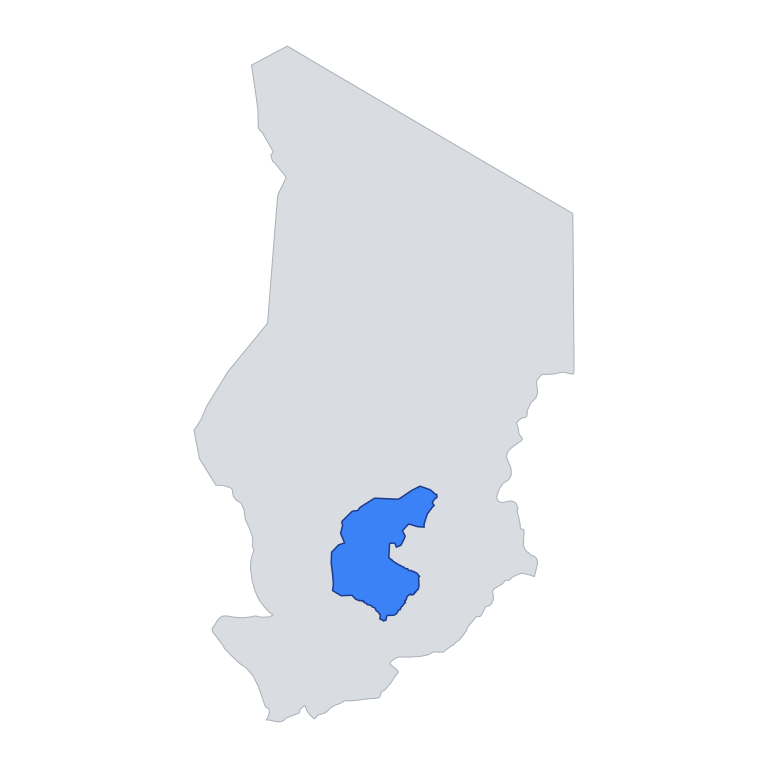 Guéra highlighted on a map of Chad
{"feature_id": "TCD-1474", "entity_name": "Guéra", "entity_type": "Prefecture", "adm_level": 1, "iso_a3": "TCD", "parent_name": "Chad", "parent_adm1": "", "projection": "natural_earth1", "projection_center": [19.056, 11.461], "detail": "fine", "context": "in_parent", "style": "filled", "palette": "blue", "viewbox_px": 768, "rotation_deg": 0, "n_neighbors": 0, "source": "natural_earth", "source_scale": "10m", "svg_char_len": 8836}
<svg xmlns="http://www.w3.org/2000/svg" viewBox="0 0 768 768"><path d="M572.8,213.6L573.0,232.5L573.1,251.4L573.3,270.3L573.4,289.1L573.6,308.0L573.7,326.9L573.9,345.8L574.0,364.7L574.0,370.9L573.6,373.4L573.4,373.8L572.7,374.2L564.1,372.4L560.4,372.4L555.1,373.8L547.4,374.5L542.4,374.2L539.0,377.5L536.3,381.4L537.6,390.8L537.3,393.9L536.3,397.1L534.0,399.9L531.6,402.1L530.2,404.0L528.5,408.3L527.2,410.2L527.3,412.9L526.9,415.7L525.5,417.2L521.9,418.2L519.6,419.5L517.8,421.5L516.5,423.0L517.2,424.9L518.1,427.6L518.7,431.8L519.0,434.2L520.8,436.2L521.9,437.7L522.3,439.4L521.2,440.9L516.8,443.9L515.1,445.0L513.1,446.6L512.3,447.2L509.1,450.0L507.5,452.6L506.7,454.7L506.8,457.7L508.4,462.1L510.2,465.8L510.9,468.6L511.3,471.7L511.2,474.6L510.3,477.2L508.7,479.5L502.6,483.8L499.6,488.5L497.3,494.3L496.7,497.4L497.3,499.5L498.6,501.3L500.4,502.2L503.0,502.4L507.4,501.5L511.5,500.8L515.8,502.9L518.0,507.7L517.2,511.2L518.8,517.6L520.3,525.4L520.2,527.9L520.8,528.9L523.5,529.4L524.1,531.2L523.3,544.8L524.6,548.6L526.4,551.3L528.4,552.7L530.5,554.5L531.6,555.7L533.9,556.0L536.6,558.5L537.4,561.8L537.2,565.0L535.6,571.8L534.4,576.5L532.9,576.1L529.7,575.0L525.8,574.0L521.1,573.2L516.6,575.1L511.8,577.5L510.2,579.3L508.9,580.4L506.8,580.2L504.8,580.6L503.7,582.3L502.0,584.2L495.0,588.2L493.5,589.6L492.6,591.0L492.6,592.6L493.3,595.8L493.3,599.8L491.8,603.1L490.0,605.2L487.9,606.1L486.2,606.5L485.0,607.9L481.4,615.3L479.8,616.6L476.6,616.4L467.4,627.4L466.5,630.7L463.1,635.3L458.8,640.4L455.0,642.9L454.7,643.8L453.7,644.8L451.3,645.9L443.2,652.2L433.4,651.9L429.1,654.4L424.9,655.5L418.7,656.7L416.9,656.6L409.0,657.1L399.7,656.9L396.2,657.8L392.8,660.1L390.4,662.2L390.0,662.9L390.4,663.8L390.3,664.5L396.8,669.6L398.4,672.1L396.7,674.5L396.0,674.8L395.9,675.0L394.8,676.9L391.0,682.7L385.2,689.5L382.3,691.4L381.1,692.7L379.6,697.2L378.6,697.8L374.6,698.4L366.8,698.9L355.9,700.4L349.4,700.9L345.3,700.5L339.6,703.6L337.6,704.4L336.3,704.6L330.7,707.7L326.0,712.4L324.3,713.2L317.7,715.2L315.1,718.5L313.9,718.7L309.6,714.5L306.8,710.6L305.4,706.7L305.2,705.4L304.4,705.7L302.0,707.4L300.0,709.4L299.1,713.1L292.3,715.7L286.4,717.8L283.8,720.6L279.7,721.9L274.5,721.4L270.4,720.2L266.4,719.9L268.3,716.5L269.1,713.9L269.3,710.8L269.0,708.7L266.6,707.7L265.1,706.0L261.7,696.2L258.2,686.2L253.3,676.2L247.9,669.9L244.0,666.0L242.8,665.6L240.8,664.3L239.4,663.2L232.3,656.5L224.9,649.0L223.0,645.5L219.3,640.4L215.2,635.1L213.1,632.7L212.1,628.3L215.0,624.4L218.0,619.5L221.8,616.2L226.6,615.9L234.7,617.3L243.3,617.8L251.8,616.8L254.1,616.0L256.3,616.1L260.9,617.2L268.9,617.0L273.0,615.0L268.6,611.6L263.8,606.2L259.3,600.2L256.6,594.8L254.1,587.9L251.9,579.4L250.5,568.3L250.7,562.0L251.5,557.5L253.9,550.2L252.3,545.9L252.7,542.5L252.5,537.3L251.7,534.7L248.6,526.2L248.0,525.3L245.3,519.4L244.1,509.6L241.0,503.1L236.0,500.0L233.2,496.1L232.2,489.4L230.3,487.6L222.4,485.3L215.9,485.2L211.2,477.6L205.1,467.8L199.5,458.8L196.0,440.6L194.0,430.2L196.3,427.0L201.0,419.6L207.1,405.4L220.6,383.5L227.5,372.2L241.2,355.4L258.1,334.8L267.6,323.2L269.2,302.0L271.0,279.6L272.3,262.7L273.9,242.6L275.2,225.8L276.2,213.6L277.6,196.3L278.7,193.0L285.3,179.4L285.9,177.5L284.7,175.3L275.4,163.7L272.5,161.1L270.9,155.1L273.3,151.8L262.2,132.4L259.5,130.0L258.3,127.6L258.1,124.1L258.0,110.7L255.2,89.7L251.5,65.1L264.6,58.2L274.6,52.8L287.3,46.1L299.1,53.0L316.0,63.1L333.0,73.1L350.1,83.1L367.1,93.2L384.2,103.2L401.2,113.2L418.3,123.3L435.4,133.3L452.5,143.3L469.7,153.4L486.8,163.4L504.0,173.4L521.2,183.5L538.4,193.5L555.6,203.5L572.8,213.6Z" fill="#d9dde1" stroke="#a8b0b8" stroke-width="1"/><path d="M331.6,552.2L338.6,544.9L344.6,542.9L341.0,534.4L340.7,533.7L340.7,533.0L340.8,532.4L342.6,525.4L342.3,524.2L341.8,522.0L342.5,520.8L351.9,511.5L352.6,511.2L353.2,511.0L357.3,510.6L357.8,510.4L358.2,509.9L359.9,507.6L361.0,506.7L374.0,498.5L374.7,498.3L375.4,498.2L397.4,499.2L397.9,499.2L398.5,499.0L400.5,498.0L411.5,490.5L420.0,486.2L430.3,489.8L435.6,494.4L435.7,494.5L435.9,494.5L436.2,494.4L436.4,494.3L436.5,494.4L436.7,494.5L436.8,494.7L436.9,494.9L436.9,495.3L436.9,495.9L437.0,496.8L436.9,497.1L436.8,497.5L436.4,498.0L436.1,498.2L435.8,498.2L435.6,498.2L435.4,498.1L435.2,498.2L435.1,498.4L432.6,502.1L432.4,502.6L432.4,502.9L432.4,503.1L432.7,503.5L433.8,504.8L434.0,505.2L434.1,505.3L434.1,505.5L433.9,505.9L433.3,506.4L432.8,506.7L432.6,506.8L432.2,507.2L432.0,507.5L431.1,509.1L429.7,510.5L428.9,512.0L428.6,512.3L428.4,512.6L428.2,512.7L428.1,512.8L427.7,513.3L427.6,513.6L426.5,516.3L424.2,523.9L424.1,524.8L424.1,527.1L417.7,526.7L410.2,524.4L408.5,524.1L402.4,530.8L404.9,535.5L405.1,536.2L405.0,536.8L404.8,537.4L401.3,544.6L400.8,545.2L400.3,545.5L397.1,546.9L396.7,547.1L396.3,547.0L396.1,546.6L395.1,543.8L394.9,543.4L394.5,543.2L394.3,543.1L390.3,543.2L389.8,543.4L389.6,543.8L389.5,544.3L388.9,556.6L388.9,557.0L389.0,557.3L389.2,557.7L389.2,557.9L389.3,558.3L389.4,558.5L389.5,558.6L390.2,558.7L390.4,558.8L390.6,558.9L390.7,559.1L390.8,559.3L390.9,559.5L391.0,559.6L391.6,559.7L391.8,559.8L392.0,559.9L392.1,560.1L392.2,560.5L392.3,560.6L392.4,560.8L392.6,560.9L392.8,561.0L393.0,561.1L393.4,561.2L393.5,561.3L394.1,561.9L395.5,562.9L395.7,563.0L396.4,563.1L396.5,563.2L396.7,563.3L396.8,563.5L397.0,563.9L397.2,564.0L397.8,564.1L398.0,564.2L398.5,564.5L399.2,565.2L399.4,565.3L399.6,565.3L400.2,565.4L400.4,565.4L400.6,565.5L400.8,565.6L400.9,565.8L401.0,565.9L401.4,566.1L402.0,566.3L402.4,566.7L402.6,566.8L402.8,566.8L403.5,567.0L403.9,567.2L404.0,567.3L404.3,567.8L404.5,567.9L405.9,568.7L406.1,568.8L406.3,568.8L406.9,568.6L407.1,568.6L407.3,568.7L407.5,568.7L407.6,568.9L407.8,569.0L408.3,569.9L408.4,570.1L408.5,570.2L408.7,570.4L408.8,570.4L409.3,570.6L409.7,570.6L409.9,570.6L410.5,570.4L410.9,570.4L411.1,570.4L411.3,570.5L411.8,571.1L412.0,571.2L412.1,571.3L412.3,571.4L412.5,571.5L412.6,571.4L412.9,571.3L413.1,571.3L413.3,571.3L413.5,571.4L413.9,571.6L414.1,571.7L414.4,571.9L414.5,572.1L414.8,572.3L415.0,572.3L415.5,572.4L415.7,572.5L415.9,572.6L416.0,572.7L416.2,573.0L416.3,573.1L416.6,573.2L417.0,573.3L417.4,573.5L417.5,573.7L418.0,574.5L418.3,575.1L418.4,575.4L418.6,575.6L418.8,575.7L419.0,575.8L419.4,576.0L419.6,576.3L419.6,576.5L418.9,577.2L418.6,577.5L418.6,578.2L419.0,585.5L418.3,589.2L417.6,589.8L416.7,590.2L416.6,590.3L416.6,590.5L416.5,591.0L416.2,591.2L416.0,591.4L415.9,591.6L415.6,592.3L415.5,592.5L415.3,592.5L415.2,592.3L415.1,592.1L414.9,592.0L414.7,592.0L414.6,592.3L414.6,592.5L413.8,594.4L413.6,594.5L413.3,594.5L413.1,594.5L412.2,594.8L411.8,594.8L411.3,594.9L411.0,594.9L410.9,594.8L410.9,594.6L410.9,594.4L410.9,594.2L410.7,594.1L410.2,594.2L409.9,594.5L409.7,594.6L409.3,594.7L409.0,594.8L408.7,595.1L408.4,595.3L408.2,595.5L407.6,596.2L407.2,596.7L407.0,597.1L406.7,597.6L406.5,597.9L406.5,598.2L406.6,598.6L406.6,598.8L406.5,599.0L406.2,599.0L406.0,599.3L406.0,599.5L406.0,599.9L405.9,600.2L405.7,600.4L405.1,600.4L404.8,600.4L404.6,600.6L404.7,600.9L404.9,601.0L405.0,601.1L405.1,601.3L405.1,601.6L405.0,601.8L405.0,602.0L405.3,602.4L405.4,602.6L405.1,602.8L404.9,602.8L404.7,602.9L404.6,603.1L404.6,603.3L404.4,603.6L404.2,603.8L403.7,604.1L403.5,604.3L403.3,604.6L403.2,604.8L403.0,605.3L402.7,605.7L402.6,606.0L402.4,606.2L402.2,606.3L401.6,606.6L401.3,606.9L400.7,608.3L400.5,609.0L400.4,609.5L400.2,609.5L399.9,609.5L399.5,609.6L399.2,610.0L398.8,610.2L398.6,610.1L398.4,610.4L398.2,610.8L398.0,611.3L397.8,611.6L397.3,612.5L396.8,613.2L396.2,613.8L395.8,614.2L394.4,615.0L392.4,615.3L387.4,615.4L387.0,615.5L386.8,616.0L386.0,619.9L385.8,620.2L385.6,620.3L384.6,620.5L383.9,620.9L383.5,620.9L383.2,620.9L382.7,620.5L382.0,619.7L381.9,619.5L381.6,619.5L381.4,619.4L381.0,619.5L380.7,619.4L380.1,619.2L379.9,619.0L379.9,618.9L380.3,615.2L380.3,614.9L380.2,614.6L380.2,614.4L379.9,614.2L379.5,614.0L379.3,613.9L379.2,613.8L379.1,613.6L379.0,613.2L378.9,613.0L378.8,612.8L378.3,612.4L378.2,612.3L377.4,611.4L377.1,611.2L376.9,611.2L376.7,611.1L376.3,610.8L375.8,609.8L375.6,609.2L375.2,608.8L375.0,608.5L374.7,607.9L374.6,607.7L374.4,607.6L372.3,606.9L372.0,606.7L371.7,606.4L371.5,606.1L371.0,605.4L370.8,605.3L370.6,605.2L370.2,605.2L369.5,605.0L368.0,604.9L367.8,604.8L367.6,604.7L367.4,604.6L367.3,604.4L366.6,604.0L366.4,603.9L366.3,603.7L366.2,603.3L366.1,603.1L365.9,603.0L365.1,603.0L364.9,602.9L364.7,602.6L364.2,602.4L363.8,602.2L363.7,601.5L363.7,601.2L363.4,600.9L363.2,600.8L362.9,600.7L362.7,600.7L362.5,600.9L362.4,601.1L362.2,601.2L361.9,601.2L361.6,600.8L361.4,600.7L360.7,600.6L360.4,600.5L360.2,600.4L359.7,600.7L359.6,600.8L359.4,600.7L359.1,600.4L358.8,600.4L357.9,600.1L357.4,600.0L357.1,599.9L356.7,599.5L356.3,599.4L355.9,599.3L355.7,599.2L355.4,599.0L352.4,595.7L352.1,595.4L351.9,595.3L341.2,595.7L332.6,590.6L333.4,583.7L332.6,574.2L331.2,563.0L331.6,552.2Z" fill="#3b82f6" stroke="#1e3a8a" stroke-width="1.5"/></svg>